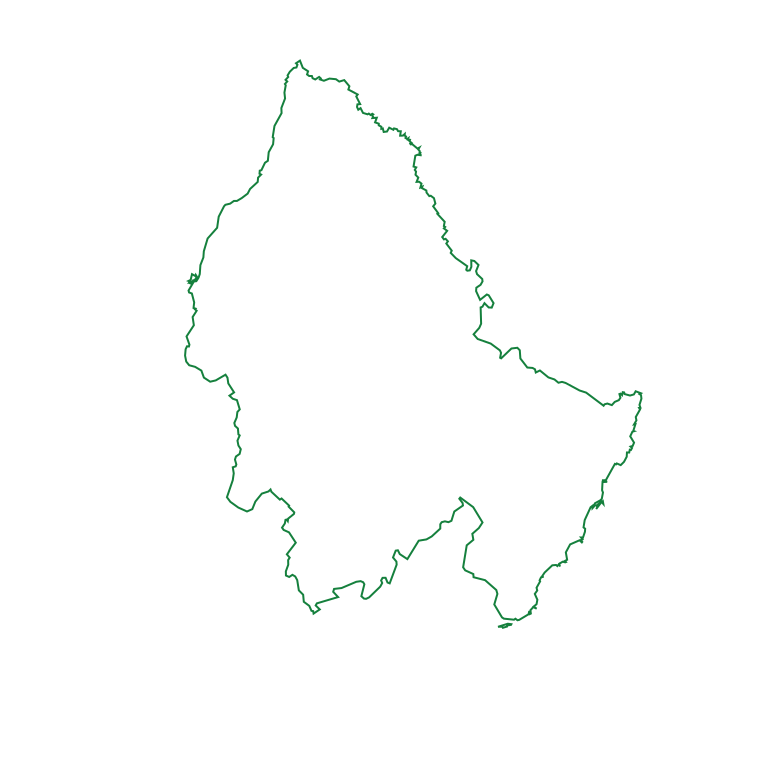 Lamongan, Jawa Timur, Indonesia, rotated 124°
{"feature_id": "22746128B62762388436916", "entity_name": "Lamongan", "entity_type": "district", "adm_level": 2, "iso_a3": "IDN", "parent_name": "Indonesia", "parent_adm1": "Jawa Timur", "projection": "albers", "projection_center": [112.288, -7.123], "detail": "fine", "context": "isolated", "style": "outline", "palette": "green", "viewbox_px": 768, "rotation_deg": 124, "n_neighbors": 0, "source": "geoboundaries", "source_scale": "gbopen_adm2", "svg_char_len": 6167}
<svg xmlns="http://www.w3.org/2000/svg" viewBox="0 0 768 768"><g transform="rotate(124 384 384)"><path d="M162.9,634.5L167.3,636.3L167.7,634.3L170.6,633.6L172.5,635.6L177.8,636.7L182.1,636.5L183.0,635.1L186.9,635.7L187.3,633.4L190.7,633.9L191.3,632.5L198.1,629.5L202.6,625.7L212.6,623.4L216.7,620.4L231.3,619.1L241.6,614.3L241.8,613.0L247.3,610.0L256.3,609.2L263.9,605.1L267.1,606.4L275.3,605.2L276.6,606.3L279.3,604.8L279.1,603.0L283.3,603.8L287.1,601.7L297.2,604.1L302.4,603.5L309.4,605.9L314.5,608.3L316.2,610.8L320.5,612.4L324.1,615.7L326.1,616.0L337.7,614.6L347.8,609.7L362.0,611.6L374.7,607.6L380.1,604.5L388.1,602.7L395.9,598.2L399.6,597.2L403.7,597.1L405.5,599.1L404.8,600.1L403.4,599.0L399.7,599.1L398.8,601.1L400.0,600.8L400.3,604.6L405.8,602.5L407.9,603.7L407.6,602.4L408.8,602.3L407.5,601.2L408.9,601.0L408.6,599.7L406.4,600.2L406.0,598.9L415.8,598.3L417.1,596.8L416.4,593.9L422.5,587.0L427.5,584.4L426.9,582.4L427.8,582.5L428.0,580.3L435.5,580.1L441.6,574.5L455.0,574.3L460.2,567.3L462.0,566.7L462.9,568.4L466.1,567.9L471.7,564.8L476.0,560.5L477.4,556.0L475.4,550.2L475.0,542.9L479.4,536.9L479.3,529.4L475.1,525.5L464.9,520.6L466.3,517.3L470.6,513.4L474.8,503.6L480.1,505.6L480.8,501.1L479.6,496.9L485.7,489.4L489.2,489.9L494.1,487.4L500.0,486.3L502.0,484.1L502.6,480.2L507.2,476.5L507.3,474.9L512.9,473.8L516.4,470.3L518.1,466.3L522.7,464.6L526.9,466.2L530.0,465.3L533.3,461.4L535.2,460.9L537.6,462.8L542.1,458.6L548.3,455.6L565.7,450.9L567.6,445.5L567.9,435.7L566.3,426.3L561.4,423.2L553.4,424.9L543.2,424.0L537.7,419.7L534.9,419.1L536.3,417.1L538.1,405.7L536.2,404.9L537.9,394.6L539.0,394.5L540.6,386.6L542.0,386.0L549.2,388.2L551.5,387.1L550.8,388.9L551.7,389.7L555.1,388.2L560.1,388.2L561.1,385.6L560.1,379.8L564.9,368.4L579.5,369.3L580.7,365.1L583.6,365.0L587.4,362.3L594.2,360.6L597.6,358.2L597.0,354.7L593.4,353.2L593.2,350.0L595.1,346.3L602.7,339.2L603.9,333.2L609.4,328.7L609.7,321.9L612.6,317.3L611.9,315.7L613.7,314.0L606.8,311.2L605.8,316.8L603.4,317.0L586.3,302.9L584.7,309.9L581.8,310.8L576.9,305.1L563.5,296.4L560.5,293.1L560.0,290.4L561.0,288.3L572.6,284.1L573.1,280.6L572.1,278.7L569.2,277.0L554.1,273.8L550.0,274.2L548.5,276.5L545.5,276.8L543.8,274.3L546.6,270.1L546.1,267.8L526.7,272.5L524.3,274.4L522.8,279.5L515.6,281.1L514.1,279.5L516.2,275.8L516.1,266.7L494.5,267.6L489.1,261.9L483.7,259.2L472.4,256.5L468.8,258.9L466.3,258.9L463.8,256.7L462.5,253.3L459.7,251.6L450.4,254.4L440.6,250.6L438.7,252.3L437.0,257.4L435.5,257.3L436.2,241.2L443.7,224.9L450.4,224.8L458.8,227.0L463.2,222.8L471.5,225.2L491.7,215.9L493.1,212.5L491.6,203.7L494.1,201.7L490.1,190.5L492.0,175.7L494.6,172.6L505.1,169.3L511.5,155.7L511.5,153.4L506.7,144.4L505.1,143.8L505.2,141.2L503.9,140.0L494.1,135.4L491.0,136.6L493.1,134.4L492.2,133.9L489.7,136.1L485.5,135.5L484.9,131.8L484.9,135.5L481.3,134.4L477.1,136.2L473.7,141.6L469.5,141.5L467.6,143.6L460.3,144.2L459.8,145.2L456.5,145.7L455.5,144.8L455.1,146.1L455.2,143.9L454.7,145.4L450.5,145.4L440.2,143.1L437.8,140.1L438.0,138.5L435.5,138.2L436.9,136.0L435.1,138.2L431.4,136.5L430.5,134.0L429.9,133.6L429.6,135.1L427.3,133.9L421.9,139.1L412.9,140.0L404.2,134.5L404.7,131.4L403.2,131.3L404.2,131.7L403.7,133.6L401.7,133.3L401.8,131.6L401.0,134.8L399.9,133.2L394.1,134.8L391.5,136.3L391.3,138.4L384.6,141.5L370.6,143.8L368.5,143.1L370.4,141.7L366.5,141.2L366.9,142.1L364.9,142.4L360.4,140.1L360.8,138.3L366.0,139.9L366.6,138.2L369.0,138.2L361.0,137.7L359.6,139.7L360.8,135.1L358.7,137.1L359.8,137.5L359.3,139.6L357.5,139.2L351.5,141.8L350.1,143.8L343.1,148.0L340.3,144.3L341.9,149.4L339.7,146.3L321.1,147.9L320.9,146.7L319.7,146.6L318.9,142.4L314.3,141.5L308.6,142.1L304.9,144.3L303.7,142.4L301.0,143.5L300.6,142.4L298.3,142.6L298.0,144.6L296.3,143.2L292.8,143.9L289.7,150.6L284.7,151.4L283.3,150.3L283.5,151.1L276.7,153.1L277.7,154.1L273.0,154.4L270.6,156.8L261.9,157.5L261.2,159.1L260.3,158.1L258.5,160.5L252.2,162.4L249.5,164.7L249.5,166.5L248.0,165.8L249.3,171.3L252.9,171.0L256.0,173.6L257.8,178.9L256.7,180.2L257.3,181.5L260.1,180.4L259.7,182.5L260.7,183.2L263.2,180.3L266.1,180.3L269.8,182.7L274.1,183.3L275.3,187.9L277.5,189.8L279.2,189.8L278.1,211.6L280.0,218.2L281.6,234.1L282.7,237.6L285.4,240.1L284.9,245.2L286.6,251.4L285.6,262.3L289.6,264.6L287.4,267.0L287.6,269.8L290.2,274.4L286.6,285.2L280.1,290.3L279.4,293.7L283.3,298.2L297.2,301.2L297.3,302.4L292.7,304.4L291.3,306.7L290.8,318.1L294.3,331.5L292.7,337.5L284.2,336.4L279.7,337.2L266.5,346.7L264.9,345.6L260.8,345.9L262.0,340.0L260.4,337.4L255.7,338.4L251.9,346.8L252.3,348.8L260.5,351.4L255.5,359.6L252.5,361.3L247.8,359.4L243.8,359.7L242.0,361.3L240.9,368.3L238.9,370.8L232.5,372.2L231.5,377.9L232.7,380.8L238.0,377.1L241.8,376.4L243.5,378.3L243.3,379.7L239.8,380.9L239.5,394.9L238.0,402.0L235.6,402.4L232.7,410.9L230.0,410.8L229.2,414.1L230.6,415.2L229.6,417.9L221.7,417.3L221.5,421.4L219.6,421.1L219.6,422.7L215.6,424.4L213.1,434.9L212.1,434.5L209.2,442.6L205.7,442.3L202.0,446.5L201.8,450.5L202.9,451.5L201.5,455.8L199.9,457.1L200.4,462.3L198.9,462.6L200.7,463.7L196.9,465.0L196.7,468.0L198.2,470.0L193.7,471.0L192.9,474.9L190.0,476.2L189.3,478.2L186.4,478.4L187.2,481.1L177.2,485.7L175.2,484.4L173.4,480.6L174.1,482.3L172.2,483.0L172.8,483.7L171.0,484.5L170.4,486.7L168.2,486.9L170.1,487.9L169.4,494.7L170.4,495.9L170.0,496.7L168.7,496.0L168.4,498.6L166.1,499.2L168.0,499.1L168.2,501.1L166.8,501.4L167.9,501.9L168.0,503.8L166.5,504.1L166.5,505.8L165.1,506.6L167.5,507.2L169.1,509.5L165.1,511.4L166.5,513.7L165.5,515.8L166.5,518.6L168.0,518.4L168.6,523.0L173.0,522.7L175.2,525.2L172.8,527.9L174.0,528.9L172.2,530.1L172.5,533.0L171.1,533.9L172.1,537.7L167.3,538.9L170.0,542.3L168.6,542.5L167.9,544.1L166.5,543.7L166.5,544.8L168.5,545.6L168.3,547.8L169.6,548.4L171.0,553.0L168.4,557.7L171.0,558.7L169.4,561.3L167.0,562.4L165.3,560.3L161.1,567.8L158.7,567.7L159.8,578.2L156.5,579.2L154.3,586.9L158.3,590.2L158.2,594.3L161.3,600.0L166.2,603.4L167.3,607.4L166.0,607.3L165.7,609.5L170.0,611.3L170.4,614.2L169.0,616.0L170.5,618.3L170.4,620.9L167.2,621.8L167.3,628.1L162.9,634.5ZM521.5,153.7L519.0,150.1L519.6,149.1L516.3,146.4L515.4,146.9L512.6,144.0L511.9,144.1L513.5,147.3L521.5,153.7Z" fill="none" stroke="#15803d" stroke-width="2"/></g></svg>